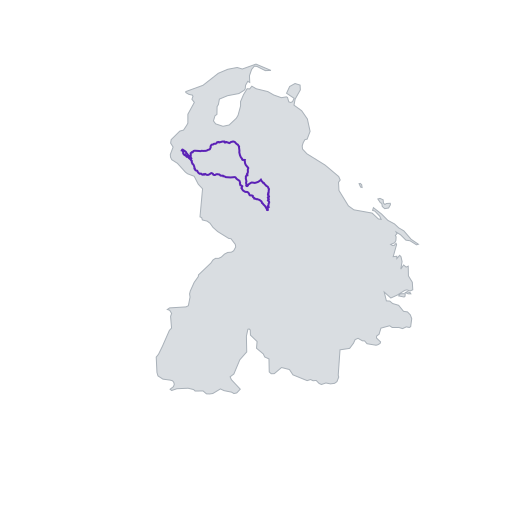 Barinas on a map of Venezuela (Robinson projection), rotated 42°
{"feature_id": "VEN-26", "entity_name": "Barinas", "entity_type": "State", "adm_level": 1, "iso_a3": "VEN", "parent_name": "Venezuela", "parent_adm1": "", "projection": "robinson", "projection_center": [-69.659, 8.155], "detail": "fine", "context": "in_parent", "style": "outline", "palette": "violet", "viewbox_px": 512, "rotation_deg": 42, "n_neighbors": 0, "source": "natural_earth", "source_scale": "10m", "svg_char_len": 9467}
<svg xmlns="http://www.w3.org/2000/svg" viewBox="0 0 512 512"><g transform="rotate(42 256 256)"><path d="M413.7,198.4L418.2,205.0L417.8,206.5L415.1,208.1L413.5,211.9L410.0,213.5L405.1,218.0L402.0,218.4L397.1,226.0L399.8,231.8L399.2,234.8L400.4,236.3L406.1,236.5L406.7,238.0L405.9,240.5L404.9,242.0L397.2,246.9L393.5,246.4L391.9,247.8L386.9,248.9L385.6,251.8L386.8,255.6L387.4,262.0L381.2,269.5L396.8,289.5L398.5,290.6L400.2,295.2L399.6,298.0L396.9,301.2L392.9,303.6L390.6,307.7L388.2,308.5L384.0,308.2L381.9,310.5L379.2,311.3L377.4,314.4L363.0,319.6L356.8,318.0L349.6,321.8L348.3,331.2L346.1,333.3L343.4,333.3L334.5,323.8L330.0,325.2L327.0,323.9L318.1,324.2L314.0,318.8L304.8,318.5L301.2,314.8L299.7,314.8L299.0,315.9L302.5,322.0L313.3,333.5L313.4,343.9L318.5,358.5L317.6,363.1L320.5,364.4L333.4,365.5L333.3,370.7L331.6,373.0L329.0,373.5L322.4,377.4L318.5,378.6L315.9,387.1L313.8,389.6L311.4,391.6L307.0,391.7L301.1,397.1L299.0,397.0L294.0,399.7L286.0,407.6L283.3,412.4L281.3,412.5L282.1,408.3L281.1,406.0L279.2,404.8L277.4,404.6L275.2,405.7L269.2,409.8L263.4,410.7L260.3,408.8L249.5,397.9L249.3,394.2L246.8,385.5L241.4,369.2L241.5,366.1L232.9,358.0L231.7,355.1L228.1,354.1L225.9,355.1L226.5,352.4L238.0,340.7L239.0,338.2L234.5,330.7L232.0,328.6L230.6,326.0L227.7,316.9L226.9,309.9L225.9,308.5L227.2,291.4L226.7,287.7L227.5,284.8L229.8,282.8L231.0,279.8L231.3,275.7L232.6,272.3L235.1,269.7L235.9,267.1L234.9,262.9L232.8,261.2L225.8,259.9L223.9,261.2L211.1,263.5L204.8,263.5L199.9,262.4L196.3,262.8L192.0,265.1L189.9,263.8L188.2,264.4L171.3,241.8L165.1,241.3L156.7,238.1L150.1,240.7L147.3,240.9L135.5,239.7L129.0,240.8L126.3,239.7L124.4,237.9L121.5,230.5L117.0,229.2L115.1,226.3L115.8,214.2L117.9,210.9L117.1,205.5L116.5,202.9L110.5,196.2L107.4,183.1L103.5,182.4L102.3,179.5L101.1,179.0L97.9,180.8L94.5,181.5L93.8,180.8L102.4,164.6L105.7,145.5L110.1,136.1L115.9,128.5L120.7,126.2L127.6,113.4L142.9,108.1L138.9,112.0L129.8,114.5L127.7,116.1L127.9,120.3L130.5,126.4L135.2,131.2L133.0,131.7L134.0,136.1L136.2,139.1L136.3,140.9L134.6,146.7L127.6,155.9L123.8,163.9L126.7,168.6L127.1,171.0L132.2,176.9L131.7,179.3L134.0,184.1L137.6,184.8L144.7,181.7L148.4,176.6L149.2,166.8L148.5,163.4L144.2,154.9L141.2,151.6L138.7,144.3L137.5,137.6L139.5,136.1L139.3,132.6L144.2,131.6L154.8,125.9L161.4,124.5L168.9,121.4L172.1,117.4L173.3,117.1L177.2,119.5L179.1,118.7L179.9,116.8L178.8,113.3L169.8,114.6L167.6,107.5L169.6,101.7L174.4,99.5L177.8,102.9L180.1,113.2L183.3,118.5L192.8,117.5L202.5,119.8L212.8,127.2L215.8,134.9L214.5,136.8L215.2,140.1L216.7,143.3L219.0,145.4L225.4,146.0L246.5,142.2L264.3,141.6L267.7,143.2L268.0,146.0L273.8,151.8L291.1,156.9L297.8,156.2L313.6,146.4L322.1,146.6L324.5,145.1L321.3,143.6L314.3,143.1L312.1,144.1L310.9,141.5L321.1,140.8L330.1,141.3L337.4,139.5L343.2,139.6L349.1,138.4L360.1,139.8L368.8,138.6L367.8,140.3L360.3,141.6L356.8,143.9L349.3,143.5L344.1,144.4L345.8,145.0L345.8,147.5L347.3,148.0L349.6,150.9L350.2,153.4L348.3,157.3L350.4,156.9L351.6,155.6L351.6,152.9L352.8,153.4L358.4,164.7L360.8,162.0L362.4,163.7L362.3,159.4L364.2,159.5L368.3,162.4L372.4,168.9L371.7,163.9L375.0,163.8L375.9,161.7L382.6,168.8L389.7,170.9L395.1,176.2L393.9,178.9L390.8,180.2L389.6,181.9L387.2,190.3L384.3,197.0L375.4,197.0L382.9,202.1L385.6,200.0L389.3,199.9L395.0,197.2L402.6,198.4L406.0,196.2L410.1,196.5L413.7,198.4ZM321.6,128.0L322.4,131.6L320.0,134.7L316.7,134.7L314.2,132.7L312.8,133.2L308.4,132.1L309.6,130.2L312.9,129.2L315.3,131.4L317.3,131.5L317.8,129.7L320.5,127.0L321.6,128.0ZM393.5,187.4L388.7,190.2L388.5,187.5L392.1,184.2L393.7,186.2L393.5,187.4ZM289.0,134.1L287.7,134.8L284.2,133.3L284.9,132.3L286.8,132.3L289.0,134.1ZM394.4,182.3L391.5,183.2L392.3,181.2L395.3,180.1L396.4,180.5L394.4,182.3Z" fill="#d9dde1" stroke="#a8b0b8" stroke-width="1"/><path d="M221.5,198.6L222.3,199.6L222.5,200.0L223.0,200.4L223.1,200.5L222.9,200.9L222.9,201.1L223.0,201.2L223.2,201.3L223.3,201.4L223.4,201.7L223.5,202.0L223.7,202.3L223.9,202.5L224.1,202.5L224.4,202.3L224.5,202.3L224.7,202.9L225.2,203.2L225.4,203.2L225.7,203.0L225.8,203.0L226.0,203.3L225.9,203.6L225.7,204.0L225.7,204.4L225.8,204.4L226.0,204.2L226.1,204.3L226.3,204.4L226.2,204.4L226.4,204.6L226.7,204.7L226.7,204.9L226.7,205.4L226.8,205.5L227.1,205.5L227.3,205.8L227.5,205.5L227.5,205.3L227.8,205.5L227.9,206.7L227.9,206.8L229.2,206.8L229.4,206.9L230.1,207.6L230.4,208.8L230.5,209.0L230.8,209.2L231.1,209.6L231.4,210.2L231.4,210.7L231.8,210.6L232.3,211.0L232.6,211.1L232.5,211.3L232.5,211.5L232.6,211.8L232.6,212.0L232.1,211.8L232.1,212.0L232.6,212.6L232.9,213.4L233.1,213.7L233.6,213.5L234.0,213.8L233.9,214.1L233.3,214.4L232.7,213.9L232.2,213.7L231.9,213.4L231.3,213.5L230.8,213.3L230.3,213.1L229.1,212.8L226.8,212.7L225.7,212.4L225.1,212.6L224.6,212.4L224.1,212.0L223.5,211.8L221.1,212.0L220.6,212.2L219.8,212.6L219.0,212.8L218.6,213.3L218.3,213.5L217.5,213.7L216.8,214.2L216.2,214.5L216.0,214.3L215.8,214.1L215.3,214.1L214.7,214.2L214.2,214.2L213.5,213.8L213.4,213.5L213.1,213.5L212.6,213.7L212.2,213.9L211.3,214.7L210.8,215.0L210.1,214.9L209.2,214.4L208.7,214.2L207.2,214.1L206.8,214.2L205.6,215.1L205.2,215.5L204.9,215.6L202.6,216.0L201.1,215.7L200.2,215.2L199.8,215.2L199.7,215.2L199.7,214.7L199.4,214.1L199.3,213.8L199.2,213.6L199.1,213.3L198.9,213.3L198.5,213.5L197.6,213.5L197.3,213.8L197.1,213.9L196.6,213.5L195.7,213.1L195.3,212.3L195.2,212.2L194.7,212.0L193.9,211.4L193.3,211.2L190.5,211.6L189.5,211.6L188.4,211.3L187.8,211.4L187.3,211.7L184.6,214.6L180.8,217.6L180.4,217.7L179.8,217.8L179.4,217.9L178.6,218.3L178.4,218.6L178.0,218.4L177.7,218.4L177.4,218.7L176.3,219.7L176.0,219.9L175.7,220.0L174.5,219.9L174.1,220.0L173.0,220.8L172.7,221.0L172.3,221.2L171.9,221.8L171.6,222.4L171.5,222.9L171.2,223.4L170.7,223.8L170.0,224.1L169.6,224.1L169.1,223.8L168.8,223.8L168.6,223.8L167.5,224.1L167.2,224.5L166.7,226.5L166.3,227.5L165.6,228.3L164.7,228.8L164.2,228.9L163.7,228.9L163.4,229.0L163.2,229.5L163.2,230.0L162.9,230.3L162.9,230.2L162.7,230.2L162.4,230.1L162.2,230.5L161.7,231.1L161.3,231.5L160.8,231.6L160.2,231.5L159.9,231.6L159.3,232.5L158.4,232.7L157.3,232.7L156.2,232.4L155.3,232.0L155.0,232.2L153.9,232.7L153.4,232.7L153.0,232.6L152.5,232.2L152.1,232.0L151.7,232.2L150.9,231.3L149.9,230.7L149.0,230.2L148.0,229.9L147.3,230.0L147.0,230.0L146.7,229.7L146.4,229.6L145.9,229.5L145.5,229.2L145.0,228.6L144.5,228.2L144.0,228.4L143.1,228.1L142.3,228.0L140.5,228.1L139.5,227.9L139.1,227.9L138.6,228.2L138.4,228.5L138.2,228.6L137.9,228.6L137.6,228.6L137.2,228.3L136.9,228.2L136.7,228.3L136.2,228.6L135.9,228.6L135.5,228.3L135.4,228.2L135.3,228.5L135.1,228.8L134.6,228.8L133.6,228.6L133.3,228.5L133.0,228.2L132.7,227.7L131.0,227.0L130.5,226.9L130.2,227.1L130.1,226.7L130.1,226.2L130.3,226.0L130.6,226.0L131.2,225.9L131.6,225.9L131.8,225.9L132.3,225.7L133.8,225.6L134.4,225.6L135.4,226.0L137.2,226.3L138.2,226.5L139.2,226.5L139.5,226.6L141.2,227.2L141.8,227.3L142.2,227.3L142.4,227.2L142.8,227.0L142.8,226.9L142.7,226.7L141.9,226.5L141.6,226.4L141.4,226.3L140.8,225.8L140.6,225.4L140.2,225.1L140.0,224.6L139.5,224.2L139.1,223.7L138.8,223.5L138.7,223.4L138.8,222.4L138.8,221.9L139.3,221.7L139.5,221.4L139.5,221.1L139.3,220.3L139.4,219.6L140.1,218.7L143.5,216.0L144.4,215.4L144.7,215.1L145.2,214.2L145.5,214.0L146.4,213.3L148.3,211.5L149.0,210.3L149.3,209.3L149.8,208.5L150.1,208.0L150.2,207.7L150.2,207.3L150.1,207.1L149.9,206.6L149.8,206.0L149.7,205.7L149.5,205.4L149.4,205.3L149.0,205.1L148.9,204.9L148.6,204.1L148.6,203.8L148.6,203.1L148.6,202.9L148.7,202.7L149.4,202.0L149.5,201.8L149.6,201.4L149.6,201.0L149.7,200.8L149.8,200.6L150.0,200.4L150.6,199.9L150.9,199.5L151.1,199.0L151.2,198.6L151.2,198.4L151.0,197.9L151.0,197.5L151.2,197.2L151.4,196.9L152.0,196.2L152.4,196.3L152.6,196.3L154.0,194.2L154.1,193.9L154.3,193.6L154.6,193.3L155.1,192.8L156.0,192.0L156.4,192.0L156.6,192.1L156.7,192.4L156.7,192.5L157.0,192.5L157.1,192.4L157.3,192.2L157.7,191.1L158.0,190.9L158.5,190.9L159.3,190.4L159.7,190.3L160.2,190.1L160.6,190.0L160.7,189.8L160.8,189.6L161.0,188.5L161.1,188.1L161.6,187.3L161.9,187.0L162.1,186.5L162.5,186.1L163.8,185.5L164.2,185.5L166.1,185.7L167.4,185.6L167.9,185.4L168.4,185.5L168.8,185.7L169.3,185.8L170.1,185.9L170.3,186.3L173.4,189.0L174.0,189.9L174.3,190.2L176.6,191.8L178.8,192.8L179.3,192.9L179.9,192.9L180.5,193.0L181.0,193.5L181.5,193.6L181.8,193.5L182.0,193.4L182.5,192.8L182.8,192.6L183.0,192.4L183.5,192.1L183.6,192.3L184.0,193.0L184.6,193.3L185.5,194.2L187.2,195.1L187.7,195.2L188.1,195.3L188.8,195.3L189.0,195.4L189.2,195.5L190.8,195.6L191.2,195.7L191.4,195.8L191.5,195.9L191.9,196.9L192.2,197.4L192.4,197.6L193.6,198.8L194.2,199.7L194.3,200.1L194.3,200.7L194.5,201.3L194.8,201.4L195.3,201.4L195.5,201.5L195.7,201.8L195.4,202.2L195.2,202.4L195.1,202.7L195.1,203.0L195.2,203.4L195.3,203.8L196.3,204.8L196.5,205.2L196.6,205.3L197.8,206.1L198.7,206.8L198.9,206.9L199.1,207.4L199.6,208.2L199.9,208.5L201.1,209.2L201.2,209.3L201.3,209.5L201.4,210.0L201.6,210.2L201.9,210.3L202.2,210.3L202.3,210.2L202.5,210.1L202.7,209.9L202.8,209.4L202.8,209.0L202.5,208.1L202.5,207.9L202.9,206.3L203.4,204.7L203.6,204.3L204.8,203.4L206.1,202.6L206.7,201.8L207.9,199.7L208.2,198.7L208.4,197.8L208.5,197.3L208.6,196.9L208.6,196.4L208.6,196.0L210.3,196.6L210.7,196.6L211.5,196.6L212.2,196.9L212.5,196.8L212.9,196.5L213.1,196.5L213.4,196.5L214.0,196.8L214.6,196.9L215.0,196.8L215.4,196.8L216.7,197.0L217.0,197.0L217.8,196.7L218.4,196.7L218.9,196.8L220.1,197.4L220.6,197.5L220.9,197.6L221.0,197.8L221.2,198.2L221.3,198.5L221.5,198.6Z" fill="none" stroke="#5b21b6" stroke-width="2"/></g></svg>